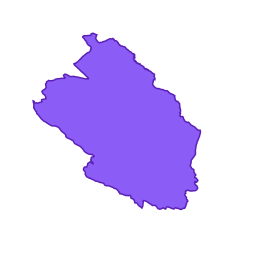 outline of Anosibe-An'ala, Alaotra-Mangoro, Madagascar, rotated 126°
{"feature_id": "10022922B56031688474611", "entity_name": "Anosibe-An'ala", "entity_type": "district", "adm_level": 2, "iso_a3": "MDG", "parent_name": "Madagascar", "parent_adm1": "Alaotra-Mangoro", "projection": "equal_earth", "projection_center": [47.933, -19.502], "detail": "fine", "context": "isolated", "style": "filled", "palette": "violet", "viewbox_px": 256, "rotation_deg": 126, "n_neighbors": 0, "source": "geoboundaries", "source_scale": "gbopen_adm2", "svg_char_len": 5764}
<svg xmlns="http://www.w3.org/2000/svg" viewBox="0 0 256 256"><g transform="rotate(126 128 128)"><path d="M69.0,145.4L69.1,146.1L69.6,146.1L69.7,146.3L69.2,147.2L69.5,147.8L69.3,148.3L69.6,148.6L69.9,148.2L70.2,148.1L70.3,149.0L70.1,149.5L70.2,150.1L69.7,150.4L69.5,151.0L69.2,151.3L69.6,155.6L69.1,156.1L69.8,156.5L69.6,157.5L70.0,157.7L69.8,158.6L70.2,158.8L70.3,159.8L70.0,160.4L69.5,160.5L69.8,161.1L69.6,161.6L70.0,161.7L70.1,162.1L69.8,162.4L69.2,162.2L69.3,163.2L68.9,164.0L68.5,164.0L68.3,164.5L67.9,164.3L67.4,164.6L67.4,163.9L67.1,163.7L66.8,164.3L66.1,164.8L66.2,165.6L65.1,165.4L64.8,165.7L64.6,166.1L64.6,167.1L65.0,167.4L65.3,168.4L64.8,169.9L65.1,171.5L65.0,172.8L64.8,173.4L64.9,174.1L64.8,176.2L64.4,177.2L64.3,178.2L64.4,178.9L64.9,179.5L65.0,180.4L65.3,180.8L65.4,181.5L65.8,182.3L65.7,183.1L65.9,183.4L65.5,183.8L65.4,185.6L64.8,186.0L64.4,187.7L64.5,189.1L65.2,190.0L64.9,191.0L64.5,191.3L64.6,191.9L64.5,192.9L65.2,193.1L66.5,195.1L69.5,196.8L70.9,197.3L72.4,198.6L74.0,199.5L75.9,201.4L76.0,202.6L75.3,205.4L74.5,206.8L73.2,207.4L70.9,208.0L71.2,208.8L71.9,212.1L72.7,212.3L72.9,212.8L73.6,213.2L74.8,212.6L75.1,212.7L76.9,215.0L77.4,215.3L79.2,217.9L80.7,218.3L81.3,217.7L81.4,216.2L82.1,214.6L82.2,213.5L82.4,212.9L82.8,212.4L83.4,211.0L83.9,210.4L84.2,208.2L84.0,207.3L84.4,205.2L85.6,204.4L86.1,204.6L86.6,204.4L87.1,203.8L90.0,204.0L90.5,204.7L91.4,205.2L97.0,206.6L99.2,207.0L99.9,206.7L100.7,207.2L103.7,207.5L105.5,208.3L106.2,208.1L107.4,209.4L107.9,209.5L108.4,208.6L108.7,206.6L108.8,204.8L109.1,204.0L109.0,203.4L109.8,198.5L109.8,196.3L110.6,192.1L110.8,190.0L111.0,189.2L111.6,189.0L111.9,189.4L112.1,190.0L113.4,191.3L113.9,193.0L115.4,196.0L116.4,198.7L117.3,200.2L118.2,202.4L120.2,204.7L120.5,205.8L120.5,207.2L120.8,208.1L121.0,209.8L121.8,210.9L122.9,211.1L123.6,210.9L123.9,210.2L124.2,208.7L124.3,208.4L125.1,208.6L125.4,208.9L126.1,210.1L130.5,214.8L131.1,215.3L132.5,215.7L135.2,218.1L136.2,220.2L137.8,220.6L138.1,220.9L138.5,221.0L139.6,220.4L140.7,220.6L141.9,219.6L143.1,218.0L143.6,218.0L145.7,218.1L147.8,219.1L149.0,219.2L150.3,216.7L150.3,214.9L150.7,213.5L152.2,211.9L152.8,211.6L154.8,213.7L155.9,214.5L156.4,214.3L157.2,213.2L157.7,213.1L159.6,214.8L160.8,215.2L161.0,215.4L161.2,216.5L162.2,217.7L162.3,218.0L161.6,220.0L161.8,220.7L163.1,219.4L163.9,218.3L167.3,215.9L167.4,215.1L168.4,213.2L168.9,211.3L169.9,210.5L170.2,208.0L171.5,204.0L171.9,199.9L171.5,198.2L171.6,196.9L171.2,192.0L171.0,191.0L170.3,189.6L169.3,188.5L168.4,185.2L168.4,183.9L169.7,179.9L169.9,175.1L170.6,173.9L171.5,173.3L171.7,171.5L171.6,170.6L171.0,168.8L170.9,166.6L170.5,165.3L170.6,164.8L171.7,162.7L171.9,161.8L171.3,157.9L171.1,157.3L171.0,155.4L171.5,152.2L172.5,149.8L172.7,148.0L172.3,144.7L171.1,142.2L170.4,141.3L170.6,140.7L170.6,139.0L170.9,138.8L171.8,139.0L172.7,140.1L173.3,140.4L174.9,139.5L175.7,139.4L176.3,138.6L176.8,135.9L177.0,135.5L177.4,135.3L177.6,135.8L177.6,138.1L177.9,138.9L180.3,139.7L182.1,138.9L183.8,138.5L184.9,140.0L185.9,140.2L186.8,140.2L188.1,139.2L188.3,138.8L188.5,137.3L188.7,136.7L189.0,136.3L190.1,135.8L190.7,135.2L191.6,133.2L191.7,132.5L191.5,131.1L191.2,130.3L191.4,129.7L190.9,129.1L190.6,126.7L190.2,125.3L190.0,122.9L189.1,121.2L188.5,118.6L187.3,116.3L187.3,114.4L187.8,113.3L187.8,112.6L187.4,111.4L186.1,109.9L185.5,107.2L184.9,105.6L185.0,103.7L184.2,102.2L184.3,100.3L184.7,99.2L184.8,97.9L184.9,97.7L185.5,97.4L185.5,96.4L186.0,95.7L185.2,94.9L185.0,93.9L184.5,93.1L184.7,92.3L184.1,91.4L184.1,90.4L183.4,89.4L183.0,89.0L182.7,88.0L181.6,87.1L181.3,86.3L181.7,85.6L182.9,84.5L182.9,83.7L182.4,81.7L183.2,79.8L184.0,79.2L184.5,78.3L184.4,78.0L183.8,77.6L183.6,77.2L183.5,76.7L184.2,74.6L184.6,72.8L184.4,71.6L184.6,69.7L182.6,70.1L177.7,72.9L176.8,71.1L176.5,69.5L176.4,66.0L176.2,64.8L176.4,62.7L175.1,61.3L174.8,60.8L174.6,60.1L174.8,58.6L175.6,56.6L175.1,54.7L174.9,54.4L173.5,53.4L172.0,52.7L171.8,52.4L171.7,50.2L171.3,50.0L169.2,50.1L168.4,49.6L166.8,43.6L166.2,43.1L164.6,42.8L164.4,42.3L164.1,41.0L163.4,40.1L163.3,38.4L162.6,37.1L160.3,36.0L160.1,35.4L159.4,35.0L157.1,35.4L155.8,36.1L155.2,36.0L153.5,36.9L152.3,36.5L151.9,36.7L151.5,37.4L151.2,38.1L151.4,38.4L150.9,39.3L149.8,39.9L149.1,42.2L148.8,42.7L147.8,43.2L146.9,42.8L145.9,44.1L145.2,43.9L144.6,44.3L144.4,44.2L143.9,43.5L143.2,43.1L142.4,40.7L141.2,39.0L140.3,38.2L139.3,36.8L137.7,36.1L136.0,36.2L135.1,36.9L134.4,38.1L134.5,39.1L134.2,39.6L134.5,40.0L134.4,40.5L132.8,42.3L132.0,42.4L131.9,41.9L132.3,41.2L131.8,40.8L131.1,40.8L130.4,40.4L129.2,40.8L128.9,42.5L128.4,43.0L128.5,43.9L128.9,44.6L128.8,45.0L127.7,45.6L126.1,45.5L125.9,46.0L125.8,46.8L125.0,48.5L124.3,49.3L123.0,50.2L123.0,51.2L123.3,52.4L122.7,53.6L122.0,55.6L121.0,55.7L118.2,57.0L117.2,57.9L111.2,57.8L109.5,58.1L108.6,58.6L106.7,60.2L101.7,62.8L99.3,63.5L98.7,64.0L97.2,64.1L93.8,65.1L93.1,65.1L91.1,66.0L89.9,66.4L88.4,67.2L87.4,68.3L88.2,69.4L88.6,70.5L88.0,74.7L88.5,78.8L87.7,82.4L88.8,83.7L89.0,86.4L88.9,86.8L88.4,87.1L87.9,88.6L86.9,89.5L86.7,90.4L86.9,91.1L87.9,92.0L87.9,92.6L87.8,93.0L87.6,92.9L85.6,94.3L85.1,94.2L85.1,95.2L83.9,95.2L83.0,95.7L81.8,97.0L81.5,97.1L81.3,97.4L81.2,98.2L80.4,98.5L77.9,100.7L77.8,101.0L77.9,101.7L77.4,102.3L77.5,103.2L77.3,103.5L77.9,104.5L77.4,106.3L75.8,108.1L75.4,108.9L74.7,108.8L74.4,109.1L74.4,110.7L74.9,113.1L75.3,113.8L75.1,114.9L75.5,116.0L75.0,116.2L74.9,116.5L74.8,118.0L75.4,119.2L76.0,119.6L76.4,122.3L77.2,123.6L77.9,126.1L78.9,127.5L79.2,128.3L79.3,130.1L78.9,132.3L78.3,133.5L77.6,134.2L77.0,134.5L76.0,134.5L75.3,135.1L74.0,135.7L73.7,135.5L73.2,134.6L72.1,135.2L70.7,137.5L70.2,137.7L69.5,137.7L69.1,138.0L69.0,138.4L69.0,139.4L69.4,140.4L69.1,141.1L69.2,141.7L68.9,142.6L69.2,144.3L69.5,144.7L69.0,145.4Z" fill="#8b5cf6" stroke="#5b21b6" stroke-width="1.5"/></g></svg>